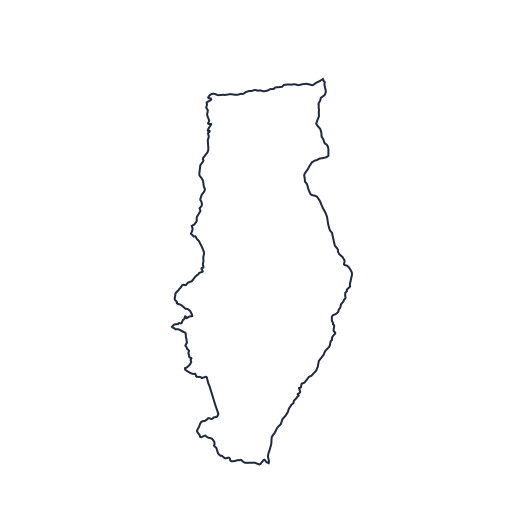 the district of Florencia, Cauca, Colombia, rotated 306°
{"feature_id": "7082276B30849628494153", "entity_name": "Florencia", "entity_type": "district", "adm_level": 2, "iso_a3": "COL", "parent_name": "Colombia", "parent_adm1": "Cauca", "projection": "mercator", "projection_center": [-77.092, 1.698], "detail": "fine", "context": "isolated", "style": "outline", "palette": "slate", "viewbox_px": 512, "rotation_deg": 306, "n_neighbors": 0, "source": "geoboundaries", "source_scale": "gbopen_adm2", "svg_char_len": 6105}
<svg xmlns="http://www.w3.org/2000/svg" viewBox="0 0 512 512"><g transform="rotate(306 256 256)"><path d="M361.0,124.9L358.8,124.0L356.5,124.0L356.1,124.2L355.8,124.9L356.9,126.9L356.2,127.8L354.5,127.4L352.2,126.1L351.2,125.9L350.8,126.1L350.0,127.2L346.9,128.4L345.6,131.3L343.8,132.4L342.2,132.9L341.6,133.4L340.3,135.0L338.2,138.4L337.3,138.8L335.2,139.2L335.0,139.4L335.0,140.2L336.4,142.0L336.2,142.4L331.3,142.6L329.3,143.1L329.0,143.7L329.9,144.6L329.8,145.1L329.1,145.4L327.6,145.0L326.8,145.2L325.5,147.0L325.0,147.4L323.9,148.1L321.6,148.8L321.0,149.2L315.3,154.0L313.4,155.2L311.4,155.8L304.3,155.6L303.0,156.1L302.6,157.1L302.3,157.4L300.4,157.6L296.7,157.6L289.4,161.7L288.3,162.5L287.8,163.3L287.0,166.1L286.1,168.3L285.4,169.2L281.2,173.3L280.4,175.0L279.9,175.5L277.9,176.2L273.5,176.1L269.3,177.5L268.5,178.2L267.8,180.0L266.2,181.8L264.6,182.5L262.6,182.5L262.1,182.3L261.3,182.4L260.1,184.3L259.6,184.6L253.0,185.2L251.8,185.7L249.6,187.4L248.6,187.6L245.2,187.6L242.6,186.3L241.1,188.4L239.9,189.2L238.1,189.8L236.0,190.2L235.6,190.8L235.6,192.7L235.1,194.0L236.2,195.4L235.9,196.5L235.0,198.1L234.5,201.1L231.4,207.2L229.6,210.0L228.2,212.0L227.6,212.5L223.7,214.2L221.0,216.6L218.2,217.7L216.2,220.0L215.6,220.1L214.6,219.3L213.9,219.2L213.5,219.5L212.7,221.4L212.1,222.0L211.7,222.0L209.6,220.4L208.6,220.0L206.8,220.0L205.3,219.4L202.7,219.0L198.0,218.9L197.4,218.7L196.1,217.6L194.3,216.6L191.2,216.3L190.6,215.6L190.3,214.4L189.5,213.7L188.8,213.5L185.9,213.6L184.1,213.3L182.6,213.4L179.7,212.8L177.7,213.1L176.7,213.9L173.4,215.4L172.8,216.5L172.5,218.8L172.2,219.2L171.6,219.3L171.2,219.8L171.3,221.0L172.1,223.0L172.3,224.4L172.3,226.2L171.9,229.1L171.9,230.2L172.5,230.9L172.9,231.7L173.0,233.2L172.7,235.3L171.1,238.4L170.1,239.7L169.8,239.7L168.5,238.2L167.6,237.5L165.0,236.6L164.9,236.0L165.7,235.0L165.6,234.2L164.7,234.3L163.5,234.9L162.6,234.9L161.2,234.5L157.9,235.2L157.3,234.9L156.6,233.3L156.0,232.9L154.9,232.9L153.9,231.4L152.6,230.2L151.1,229.8L149.3,229.6L149.2,231.0L149.5,232.3L149.4,234.1L150.3,235.0L151.3,236.8L151.6,240.0L152.0,241.0L151.8,241.7L152.2,242.9L152.3,244.1L151.7,244.9L149.4,246.8L147.2,249.3L145.9,250.3L145.7,250.8L145.1,251.1L142.2,251.4L142.0,251.6L141.7,252.1L141.5,253.3L140.3,254.9L140.3,256.4L140.1,257.1L139.7,257.7L138.5,258.0L137.7,258.4L137.3,258.7L136.9,259.8L135.2,261.1L135.0,262.5L135.4,263.5L135.2,263.9L133.3,264.3L132.3,265.8L129.9,266.3L127.9,266.2L124.7,265.4L123.8,264.5L123.2,264.7L122.4,265.6L122.4,267.9L122.8,271.8L123.5,274.2L125.0,276.1L124.6,276.8L123.5,278.3L123.4,279.0L125.1,281.6L125.5,282.7L125.4,283.8L125.6,284.1L128.6,286.2L129.0,287.0L128.9,287.5L125.2,291.9L123.3,295.0L111.5,310.7L106.2,318.3L105.7,318.6L104.5,318.8L102.7,318.7L100.4,316.6L99.0,316.5L98.2,316.0L97.6,315.1L97.3,313.6L96.7,312.7L94.9,312.4L92.8,311.8L91.0,309.9L89.5,309.2L88.0,309.3L84.7,310.2L80.0,310.9L79.6,311.2L78.8,312.8L78.2,315.3L76.8,317.3L77.1,318.1L77.4,318.4L80.4,320.0L80.9,320.5L80.8,322.9L81.0,324.3L82.0,326.6L82.3,328.0L81.9,329.4L81.2,331.4L80.7,332.0L79.4,333.1L77.8,333.5L77.4,336.8L74.0,341.3L73.5,344.0L73.5,344.7L74.1,345.5L74.3,346.2L74.0,349.5L74.5,350.5L76.5,352.0L77.0,352.9L76.7,353.9L75.4,355.6L75.4,356.6L75.9,357.5L77.9,359.5L80.1,361.2L81.1,362.7L82.0,363.3L82.3,364.1L82.0,366.3L82.3,368.8L88.0,376.4L89.3,381.2L90.2,381.8L95.4,382.1L96.0,382.3L96.1,383.1L95.5,385.1L95.5,386.4L95.8,388.0L96.9,387.6L98.1,386.6L100.4,383.9L101.7,383.0L104.1,381.9L105.7,381.5L112.8,378.9L118.0,375.6L119.1,375.1L119.8,375.0L120.5,375.2L121.7,374.9L123.1,375.2L124.3,374.9L126.4,374.7L129.0,374.2L131.2,374.3L134.5,374.9L139.6,373.3L144.6,373.8L148.3,373.5L152.0,372.3L156.5,372.1L159.1,372.8L161.0,371.8L161.8,371.8L164.7,372.3L166.2,372.2L168.1,372.6L168.6,371.0L169.3,371.0L170.9,371.8L172.1,371.6L172.7,371.0L173.0,370.0L173.9,369.5L174.3,368.5L174.6,368.4L175.8,369.5L176.3,369.5L179.2,368.0L179.8,368.1L180.9,369.0L182.3,369.7L185.1,369.7L186.0,369.9L188.8,369.8L189.6,370.0L191.7,371.2L198.9,372.1L200.2,371.6L202.4,371.2L208.1,368.5L215.9,368.8L218.4,368.1L220.0,367.9L221.7,368.0L224.4,368.5L225.7,368.5L226.8,368.4L230.9,366.5L233.0,366.8L233.8,365.9L235.0,365.4L236.2,365.3L239.8,365.6L240.3,365.4L240.6,364.9L241.0,362.9L242.3,361.9L245.4,360.4L245.9,359.8L246.0,358.4L247.2,357.7L248.2,355.4L251.2,353.2L251.9,353.0L253.5,353.1L255.8,354.6L258.2,355.3L259.3,355.3L261.2,354.5L263.7,354.5L267.0,353.2L270.8,353.4L272.3,353.0L274.0,353.2L274.8,353.0L276.4,351.4L278.5,349.9L279.6,349.9L280.8,350.3L281.5,349.5L282.5,349.3L286.6,350.1L287.5,349.1L289.3,348.1L297.2,344.7L298.3,343.9L299.1,343.0L300.3,340.7L301.4,337.8L301.7,335.9L301.6,335.2L300.8,333.1L300.9,332.1L303.9,330.7L304.8,329.6L306.0,326.6L306.4,322.3L307.6,320.0L309.3,318.4L309.8,317.4L310.7,313.7L319.5,303.7L320.0,301.3L320.8,299.8L324.2,295.6L329.4,290.5L331.8,286.8L334.2,281.6L338.0,275.5L339.8,270.8L339.8,270.0L339.4,268.3L338.3,265.8L338.0,264.3L338.4,263.1L340.9,259.0L343.5,255.9L344.3,254.5L345.0,251.7L345.9,251.2L349.7,247.5L351.6,246.9L356.2,246.9L360.2,246.4L364.7,246.2L367.8,247.5L369.0,248.6L372.2,250.2L374.9,252.9L377.0,254.6L379.0,255.6L379.7,255.6L384.3,252.3L386.0,250.8L387.1,249.2L387.6,247.8L387.6,245.3L388.2,244.3L389.8,242.1L391.2,238.8L394.0,236.6L395.9,234.2L396.6,233.1L397.5,229.1L398.6,226.8L406.0,224.8L409.9,221.8L411.3,221.1L412.7,219.6L415.2,217.9L415.5,217.3L416.5,216.9L419.4,216.6L422.0,215.5L426.4,216.9L427.9,216.7L430.0,215.9L431.7,214.2L434.5,210.9L435.7,210.1L436.9,209.6L437.1,209.3L437.4,207.8L438.5,206.1L436.0,205.2L431.1,202.7L427.9,201.7L427.3,201.2L425.2,195.9L422.1,192.4L419.5,190.4L418.7,189.1L418.4,187.9L417.5,186.1L415.3,183.7L413.3,180.7L410.7,178.0L408.4,177.7L407.9,177.3L403.9,172.8L403.0,172.3L401.6,172.2L399.3,169.4L396.7,168.2L394.3,166.1L393.3,164.7L392.6,162.3L391.9,161.4L390.9,160.6L390.1,158.2L389.7,157.5L386.9,155.4L385.2,153.2L382.3,151.2L380.6,150.8L379.4,150.1L378.1,148.2L376.5,147.1L375.1,145.7L374.4,144.7L371.9,140.1L367.9,136.1L367.0,134.5L363.9,130.9L363.6,130.2L362.8,127.1L362.1,125.9L361.0,124.9Z" fill="none" stroke="#1e293b" stroke-width="2"/></g></svg>